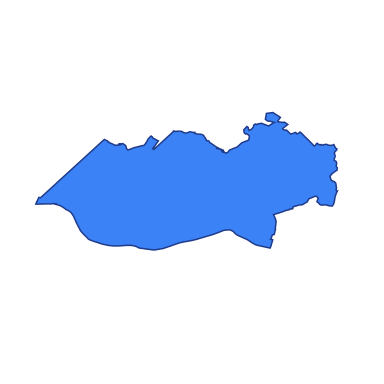 Ābeļu pag., Jekabpils, Latvia, rotated 160°
{"feature_id": "27541924B70311937188190", "entity_name": "Ābeļu pag.", "entity_type": "district", "adm_level": 2, "iso_a3": "LVA", "parent_name": "Latvia", "parent_adm1": "Jekabpils", "projection": "natural_earth1", "projection_center": [25.924, 56.435], "detail": "fine", "context": "isolated", "style": "filled", "palette": "blue", "viewbox_px": 384, "rotation_deg": 160, "n_neighbors": 0, "source": "geoboundaries", "source_scale": "gbopen_adm2", "svg_char_len": 5671}
<svg xmlns="http://www.w3.org/2000/svg" viewBox="0 0 384 384"><g transform="rotate(160 192 192)"><path d="M148.7,119.5L137.8,112.6L136.5,113.9L134.6,116.6L133.1,118.6L133.3,118.6L132.6,119.7L134.2,120.7L134.0,120.8L131.1,124.3L130.1,124.1L129.2,124.0L127.3,127.0L126.3,128.3L126.3,128.5L126.1,129.2L126.2,129.3L124.5,132.6L123.1,135.4L123.0,136.5L122.8,137.1L122.9,140.5L123.1,142.9L116.5,142.5L112.7,142.5L110.4,142.5L110.2,142.6L107.0,142.1L106.5,142.1L106.5,142.4L105.6,142.4L103.8,142.3L103.9,141.9L103.1,141.8L102.0,143.5L99.8,143.4L98.7,143.2L96.2,143.2L92.7,142.3L87.2,143.3L84.5,145.6L77.4,145.9L76.4,145.2L75.5,142.8L77.2,141.2L77.8,140.1L77.8,139.6L77.3,139.4L77.1,139.1L76.6,137.9L76.3,136.8L75.5,135.9L75.0,135.5L71.0,134.3L70.5,134.0L68.0,132.2L64.9,130.8L64.1,131.4L63.2,132.2L61.7,134.0L59.5,138.0L58.5,139.4L57.6,140.5L56.8,141.5L55.1,143.2L55.7,143.2L56.0,144.4L54.8,146.4L54.5,148.7L54.2,149.0L54.1,150.0L53.9,151.2L54.6,152.9L56.5,154.8L57.1,155.3L57.1,157.5L56.9,159.4L57.0,159.7L54.7,160.9L52.3,161.9L49.5,162.6L48.2,162.9L47.2,165.1L47.7,166.7L47.4,167.4L46.2,169.6L46.1,171.3L47.6,173.3L47.3,173.8L46.6,174.9L45.3,176.5L45.0,177.6L45.0,179.8L44.2,180.7L41.5,182.1L41.1,183.0L42.1,184.2L42.1,184.6L42.2,185.6L42.3,185.6L42.4,186.3L42.5,186.6L42.3,187.5L42.7,187.9L42.7,188.1L43.2,188.0L45.6,188.2L46.6,188.9L47.7,189.2L49.0,190.6L50.2,191.1L51.8,191.4L52.3,191.5L53.0,191.2L54.0,191.5L54.1,192.3L54.9,192.4L56.8,193.3L56.9,193.5L57.4,194.7L57.6,194.9L57.8,195.0L58.0,195.0L58.4,194.9L58.8,194.7L59.0,194.3L59.5,194.1L60.2,193.6L60.7,193.5L61.2,193.7L61.5,193.5L63.3,197.6L64.1,199.2L64.7,200.7L67.1,205.6L68.6,208.9L68.9,209.5L70.0,211.4L71.4,210.8L73.3,210.8L73.9,211.0L73.9,211.3L73.9,211.5L74.0,212.2L74.1,212.4L74.5,212.6L74.8,212.7L76.9,212.5L79.0,212.6L79.4,212.7L79.6,212.9L80.0,213.6L80.2,214.2L81.9,217.7L82.2,218.0L82.6,218.2L83.1,218.2L83.6,218.1L84.7,219.4L85.2,220.6L82.5,221.5L81.0,222.0L78.9,222.7L79.4,223.4L81.3,226.1L81.9,226.0L82.6,226.2L87.4,228.7L87.3,229.1L86.8,229.5L84.4,231.3L83.4,231.8L84.0,232.7L88.8,239.0L95.2,240.4L98.2,235.2L97.7,234.5L97.5,234.1L97.2,233.4L95.6,232.2L94.9,232.1L92.4,230.3L91.0,229.3L91.5,229.3L96.2,228.1L97.2,227.8L98.4,228.7L103.4,232.9L106.7,233.4L108.4,233.3L108.9,234.1L110.8,234.0L112.4,231.8L115.3,230.4L117.5,230.5L117.1,233.5L118.0,234.8L122.1,232.7L122.7,229.8L121.9,228.2L120.9,228.0L120.3,227.5L118.9,225.5L118.9,225.1L120.9,221.4L128.5,221.2L133.9,218.9L141.0,218.6L142.4,218.6L144.7,217.1L146.6,217.0L146.9,216.9L147.5,217.7L148.0,218.3L148.2,218.5L148.9,218.7L148.7,218.8L148.5,219.0L149.1,219.2L149.2,219.3L148.9,219.3L148.7,219.4L148.8,219.5L148.4,220.0L148.3,220.4L148.3,220.6L148.6,220.7L148.6,220.4L148.8,220.2L149.3,220.3L149.8,220.4L150.1,220.9L150.0,221.0L149.5,221.1L149.4,221.2L149.3,221.4L149.4,221.5L149.7,221.6L149.9,221.5L150.3,221.5L150.4,221.8L150.5,222.0L150.8,222.4L150.6,222.5L151.0,222.7L151.1,223.1L151.7,223.6L151.9,223.7L152.1,223.6L152.3,223.5L152.7,223.5L152.8,223.6L152.5,223.7L152.5,223.8L153.0,223.8L153.4,224.2L153.5,224.4L153.8,224.6L153.3,225.0L152.9,225.1L153.5,225.6L154.1,226.6L155.3,228.0L155.9,229.1L156.8,230.3L157.5,231.3L158.5,232.3L158.5,233.0L158.5,233.5L158.7,234.0L158.8,234.3L159.3,234.6L160.2,235.0L160.6,235.1L160.7,235.4L160.6,236.0L160.9,236.2L160.9,237.6L160.9,238.1L161.3,238.3L161.2,238.9L161.6,240.0L161.7,241.3L163.8,243.2L165.3,243.8L168.2,245.2L169.1,245.9L168.9,247.1L169.9,247.1L170.7,247.8L171.0,247.9L173.2,249.3L177.0,249.3L177.7,249.5L179.8,250.8L179.9,251.2L180.6,252.1L181.8,253.0L184.0,253.8L186.1,254.4L186.4,254.4L188.2,255.5L188.2,255.4L213.3,245.0L214.1,246.1L212.5,247.3L212.3,247.1L209.0,249.6L206.1,251.5L206.6,252.0L208.9,254.6L210.5,256.3L210.3,257.1L211.3,258.6L212.3,258.3L212.7,257.9L215.1,256.9L216.4,255.5L218.5,253.9L220.6,252.4L221.8,252.3L222.7,252.6L227.2,253.0L230.6,253.4L237.9,253.4L238.2,253.8L238.6,255.3L238.4,258.3L240.5,261.2L241.2,261.2L241.6,261.3L241.9,261.6L242.5,261.7L242.6,261.4L242.7,261.2L242.8,260.9L243.0,260.8L243.4,260.8L243.6,260.9L243.2,261.3L243.1,261.5L243.2,261.8L243.3,261.9L243.4,262.0L244.1,262.2L244.5,262.1L244.8,261.4L245.2,261.2L245.5,261.4L246.7,261.7L247.8,262.2L248.0,262.3L248.4,262.2L248.4,262.3L250.5,264.5L252.6,266.5L252.7,266.9L253.0,267.1L253.3,267.1L253.7,267.7L253.6,267.9L254.1,269.2L254.8,269.6L256.4,271.4L308.0,250.1L315.2,247.2L315.7,246.9L316.6,246.5L336.3,238.4L337.7,239.3L339.4,237.7L340.7,236.1L340.9,236.2L341.2,236.1L342.9,234.0L330.5,229.8L329.8,229.4L328.4,229.0L326.3,228.5L325.2,228.0L324.8,227.7L324.4,227.6L324.6,227.5L324.5,227.4L324.8,227.4L321.0,224.7L320.3,224.0L319.0,222.5L317.4,220.3L316.5,218.7L315.5,217.9L313.7,215.8L313.2,214.9L312.7,214.2L312.1,211.9L311.6,209.7L311.5,208.8L311.5,207.4L311.3,206.2L311.3,204.9L311.2,203.0L311.0,201.7L310.7,198.8L310.2,195.9L310.2,194.7L310.0,193.8L309.7,192.9L309.0,191.0L308.2,189.3L307.7,188.0L306.7,186.2L306.3,185.3L305.7,183.6L304.7,182.2L300.9,179.0L296.8,175.9L295.4,174.7L293.2,173.1L291.5,172.1L288.5,170.2L286.7,169.4L284.5,168.3L281.9,167.3L278.1,166.0L276.6,165.6L275.6,165.3L274.4,165.0L271.6,164.2L269.8,163.5L267.8,162.8L266.1,161.9L264.1,160.7L262.7,159.5L261.3,157.9L259.9,156.9L257.0,155.5L255.6,154.6L250.8,152.2L249.5,151.4L247.2,150.4L238.7,148.8L231.6,148.6L227.6,148.6L221.6,148.5L216.7,147.9L211.3,146.9L208.0,146.4L203.3,145.9L200.7,145.8L188.7,145.0L185.6,144.9L181.7,144.9L175.2,145.1L172.7,144.5L170.2,143.8L169.2,143.2L168.3,142.5L167.4,141.6L166.8,140.9L166.4,140.0L166.0,139.0L165.3,137.7L164.7,136.8L164.2,136.0L158.7,130.6L156.7,128.7L155.2,126.9L153.3,124.2L151.5,122.0L150.4,120.8L148.7,119.5Z" fill="#3b82f6" stroke="#1e3a8a" stroke-width="1.5"/></g></svg>